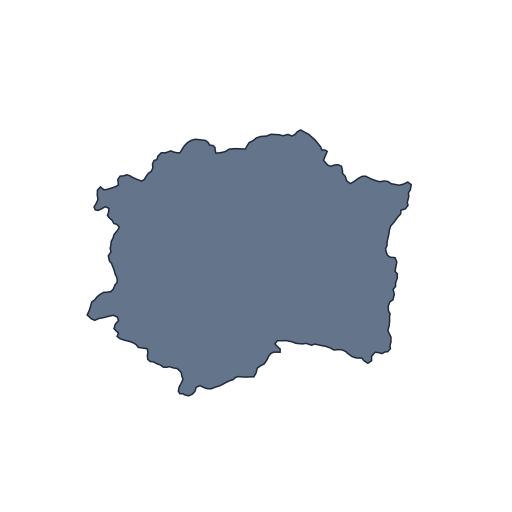 the district of Franciscópolis, Minas Gerais, Brazil, rotated 222°
{"feature_id": "56859067B40069037884515", "entity_name": "Franciscópolis", "entity_type": "district", "adm_level": 2, "iso_a3": "BRA", "parent_name": "Brazil", "parent_adm1": "Minas Gerais", "projection": "robinson", "projection_center": [-41.966, -17.999], "detail": "fine", "context": "isolated", "style": "filled", "palette": "slate", "viewbox_px": 512, "rotation_deg": 222, "n_neighbors": 0, "source": "geoboundaries", "source_scale": "gbopen_adm2", "svg_char_len": 3822}
<svg xmlns="http://www.w3.org/2000/svg" viewBox="0 0 512 512"><g transform="rotate(222 256 256)"><path d="M185.7,408.7L188.4,412.9L192.7,412.5L194.5,408.1L197.2,404.2L200.7,402.2L203.8,400.2L207.7,399.7L211.1,397.4L213.7,394.0L216.9,392.4L220.5,390.9L224.1,389.7L227.9,388.7L230.3,386.4L231.8,382.7L232.8,377.8L234.2,373.0L238.8,372.5L242.9,374.9L246.9,375.3L249.2,377.6L252.5,379.9L256.2,378.7L258.7,376.0L260.3,372.8L262.7,371.7L265.9,371.7L269.8,372.3L271.4,376.5L273.1,381.4L275.7,380.9L278.0,378.9L281.3,380.4L287.3,381.4L290.0,381.8L294.0,381.7L298.4,381.7L302.3,380.6L307.1,379.6L308.4,376.2L308.4,372.1L309.7,369.1L313.6,367.8L316.3,363.5L320.2,361.4L323.8,358.5L326.3,356.5L328.4,352.2L332.2,348.3L334.7,344.2L335.4,339.6L337.0,335.8L336.4,332.2L335.5,328.4L338.5,325.8L341.2,323.7L344.4,320.8L347.6,317.3L348.5,313.4L350.5,310.4L352.5,307.9L354.6,305.6L357.1,307.3L359.1,309.2L361.8,309.3L364.8,307.4L367.3,308.3L370.8,308.1L375.0,305.2L379.3,302.1L381.5,298.6L382.8,294.5L383.0,290.4L382.4,286.2L381.5,281.7L383.8,279.9L386.3,278.4L389.7,277.1L392.3,272.2L395.5,269.2L395.7,264.7L394.2,261.2L395.7,258.7L394.5,255.1L391.7,252.6L390.5,249.2L391.3,245.5L391.0,241.8L390.2,238.2L391.2,235.1L395.2,233.5L400.0,231.9L403.5,231.2L406.4,229.9L408.3,226.6L410.4,224.5L409.9,220.4L405.7,216.7L406.8,213.6L408.3,210.8L410.8,206.5L413.2,203.5L417.9,203.2L417.9,198.8L414.6,194.9L411.3,192.3L410.0,188.5L409.2,184.1L406.3,182.7L403.9,184.2L402.5,187.1L401.1,191.7L397.2,193.0L394.8,189.8L393.6,186.8L390.9,186.2L386.6,186.2L383.4,185.0L380.7,186.4L376.8,186.0L376.1,182.5L375.9,177.2L374.2,173.5L373.3,169.9L371.2,167.1L369.5,164.1L366.5,162.0L365.9,157.3L361.7,154.3L358.4,153.8L355.1,152.1L352.6,150.9L348.6,148.4L344.2,146.4L341.5,143.5L341.5,140.2L340.0,136.3L340.0,132.6L342.2,129.7L344.9,127.0L346.2,123.1L346.8,119.1L346.5,115.7L347.3,111.8L345.8,108.9L343.7,104.6L342.0,99.2L339.3,99.2L336.4,99.1L332.8,100.3L331.0,104.3L327.9,108.4L325.1,112.7L322.3,116.5L318.1,117.8L315.0,116.1L314.9,111.1L312.9,106.9L309.3,106.7L306.6,106.7L305.5,103.3L302.0,103.5L297.4,105.4L292.9,107.9L288.9,109.4L285.6,110.0L282.3,109.3L280.0,110.9L277.5,112.5L274.7,114.3L271.8,112.0L270.0,109.1L267.3,106.8L264.0,106.8L261.6,108.6L257.3,109.7L254.6,110.9L250.5,111.4L248.1,113.3L246.2,115.9L242.8,117.4L239.2,119.6L236.3,119.6L233.4,119.2L230.7,117.1L227.9,115.6L226.7,112.3L225.5,107.3L223.2,103.5L220.4,102.7L218.4,104.6L215.6,105.3L212.5,107.0L210.8,110.9L210.8,114.6L212.6,118.4L210.9,122.2L207.1,123.2L203.5,124.8L200.7,127.0L198.5,131.2L196.1,135.3L194.7,138.9L193.4,142.7L192.0,145.8L190.2,148.9L190.0,152.1L188.2,154.8L185.7,156.6L182.3,159.4L179.6,162.2L176.7,164.8L177.7,169.1L180.0,173.5L179.0,178.1L177.7,181.2L178.3,186.0L179.6,190.2L179.7,193.5L178.6,196.3L176.3,198.4L173.7,200.6L175.7,203.0L179.7,203.0L183.1,203.4L183.5,207.3L180.0,210.4L177.0,213.3L174.0,215.0L171.3,216.6L168.1,217.7L165.7,219.4L162.6,221.8L160.3,224.6L157.5,225.8L155.0,226.9L153.4,229.9L150.2,231.7L146.8,233.6L144.0,235.4L138.9,237.5L135.3,238.2L132.3,241.4L129.4,243.8L125.5,245.0L121.9,245.0L117.4,245.5L113.2,247.3L109.2,250.9L105.6,250.4L101.1,251.1L100.0,255.6L103.0,258.7L103.1,264.2L100.1,266.3L97.0,267.8L96.1,270.8L94.1,273.0L94.1,277.1L96.3,278.9L98.2,282.4L101.5,286.1L105.4,287.6L108.2,288.9L110.2,293.0L113.2,297.1L116.1,300.2L117.9,302.9L120.8,303.8L124.1,307.1L125.9,311.6L124.9,315.0L127.6,320.1L131.8,323.0L131.9,326.8L134.3,329.4L136.2,334.1L139.2,337.4L142.3,337.6L144.3,340.7L147.4,345.8L151.6,347.8L155.6,344.8L158.9,344.5L162.2,346.3L164.6,348.1L165.5,351.2L168.0,354.2L170.1,357.8L171.9,361.2L174.2,364.5L176.0,368.6L176.0,372.7L176.3,376.2L176.7,380.1L176.6,384.0L178.9,387.0L176.5,391.0L177.0,395.5L179.4,397.0L180.8,399.7L182.3,402.5L184.9,404.8L185.7,408.7Z" fill="#64748b" stroke="#1e293b" stroke-width="1.5"/></g></svg>